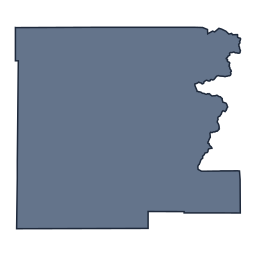 Grant, Oregon, United States of America (Robinson projection)
{"feature_id": "52423323B75310432732693", "entity_name": "Grant", "entity_type": "district", "adm_level": 2, "iso_a3": "USA", "parent_name": "United States of America", "parent_adm1": "Oregon", "projection": "robinson", "projection_center": [-118.403, 44.478], "detail": "fine", "context": "isolated", "style": "filled", "palette": "slate", "viewbox_px": 256, "rotation_deg": 0, "n_neighbors": 0, "source": "geoboundaries", "source_scale": "gbopen_adm2", "svg_char_len": 3573}
<svg xmlns="http://www.w3.org/2000/svg" viewBox="0 0 256 256"><path d="M15.4,27.5L15.4,60.8L18.3,60.8L17.3,161.1L17.3,178.0L16.6,228.7L148.1,228.4L148.1,211.5L184.1,211.6L184.1,212.9L221.5,212.9L240.3,213.0L240.1,179.5L239.5,171.0L237.6,170.8L229.4,170.9L220.6,170.9L218.9,171.1L213.4,171.1L205.6,171.2L201.5,171.2L198.1,169.4L197.8,166.8L198.2,165.4L198.7,164.7L199.2,164.4L199.5,163.5L199.9,162.7L200.2,161.9L200.6,160.6L201.0,159.7L201.6,159.0L202.1,158.7L202.7,158.2L202.6,156.2L203.4,155.5L204.2,154.7L205.0,153.0L206.3,152.7L207.2,152.5L207.8,151.8L208.0,151.2L208.1,150.0L208.6,148.9L210.7,148.4L211.5,148.3L211.9,148.3L211.8,147.7L211.2,146.8L210.0,145.8L209.2,144.5L209.1,143.6L208.8,143.3L208.3,143.4L207.9,143.2L207.9,142.0L208.6,141.1L208.8,140.1L209.2,139.4L209.7,138.2L210.3,137.3L210.2,135.8L210.1,134.7L209.9,133.4L210.6,132.3L211.2,132.5L212.4,132.5L213.2,132.0L214.0,131.8L214.7,132.0L215.4,131.7L216.2,131.1L216.8,131.3L217.5,131.0L218.0,130.3L218.7,129.7L219.3,128.9L218.9,128.4L219.2,127.5L219.0,125.9L218.6,124.4L218.0,123.3L217.6,122.7L217.3,122.2L217.3,121.4L217.7,120.1L218.1,119.4L217.8,118.4L217.9,117.5L218.5,116.6L219.0,116.5L219.7,116.3L220.4,115.3L220.9,114.3L221.3,114.1L221.4,113.7L221.5,113.4L221.7,112.3L222.2,111.8L222.5,111.1L223.0,110.8L223.1,111.0L223.9,111.0L224.5,111.4L225.1,111.6L225.4,111.1L226.2,110.3L226.3,109.5L226.7,109.1L226.6,108.5L227.2,107.8L227.7,107.0L227.1,105.7L226.9,104.7L226.1,103.3L224.5,102.6L223.9,102.5L222.9,102.2L222.7,101.4L222.4,100.4L222.1,99.6L222.3,99.1L222.2,98.5L221.1,97.6L220.4,96.8L218.8,96.5L217.2,95.3L216.3,95.3L215.5,95.7L214.5,95.8L213.5,95.8L212.8,95.9L212.1,96.0L211.7,95.8L211.3,95.4L210.3,94.8L210.0,94.2L209.0,93.6L208.3,94.0L207.5,93.7L206.5,94.3L205.6,94.2L204.1,93.4L202.4,93.3L201.2,92.3L200.6,92.2L199.8,91.8L198.9,91.9L197.9,91.4L197.1,91.4L197.1,90.9L196.5,89.4L195.6,87.2L195.0,85.8L194.8,84.1L195.1,83.8L196.2,83.6L197.4,83.1L198.1,82.6L198.3,82.5L198.8,82.1L199.2,82.5L200.3,82.8L201.5,83.2L201.9,83.8L202.5,83.9L202.7,83.7L203.1,83.6L203.5,83.3L203.8,83.0L203.9,82.2L204.1,81.7L205.7,80.6L206.0,80.4L206.8,80.2L207.4,80.6L208.6,81.0L209.8,81.0L210.3,80.5L210.4,79.8L211.2,79.5L211.9,79.7L212.8,80.0L213.1,79.8L213.7,79.7L214.3,79.1L215.3,77.9L215.8,77.2L216.2,76.7L217.0,76.0L218.4,75.6L219.6,76.0L220.4,76.1L222.5,76.2L224.1,76.4L225.0,76.7L226.2,76.3L227.7,76.1L228.7,75.7L229.7,75.7L230.4,75.2L231.0,73.9L230.5,72.4L230.8,71.8L231.3,71.3L231.1,70.5L230.6,69.6L230.0,68.8L229.8,68.2L229.9,67.8L229.7,67.2L229.2,66.5L229.1,66.2L229.1,65.8L229.4,65.5L229.2,64.9L229.4,64.0L229.7,63.5L229.7,62.8L229.2,62.2L228.3,61.9L227.9,61.7L227.8,61.3L227.4,61.1L227.2,60.8L227.3,60.5L227.6,59.8L227.3,59.3L226.6,59.0L226.2,58.7L226.4,58.2L227.1,57.5L227.7,57.0L227.9,56.3L228.7,55.8L229.8,55.1L229.8,54.7L229.7,54.0L229.5,53.5L229.7,53.1L229.9,52.9L230.6,52.5L231.8,52.6L232.6,52.4L233.4,52.1L233.7,52.0L234.1,52.1L234.4,52.3L235.0,52.7L235.9,52.9L236.4,52.8L236.8,52.9L238.0,53.2L239.1,53.2L239.9,52.8L240.1,52.3L240.1,51.7L240.2,51.1L240.4,50.9L240.4,50.3L240.0,49.6L239.5,48.2L239.5,47.1L238.8,46.1L239.0,45.0L238.7,44.6L238.9,44.0L239.4,43.6L239.9,43.0L239.9,42.2L239.6,41.8L239.5,41.2L240.1,40.8L240.2,40.5L240.4,39.5L240.6,39.1L240.5,38.5L240.2,38.2L239.9,38.0L239.4,38.1L238.7,37.9L238.3,37.6L237.7,37.4L237.5,36.8L237.6,36.1L237.5,35.6L237.6,34.9L237.5,34.6L232.6,34.7L231.6,33.4L228.9,34.1L225.9,31.2L221.6,29.1L218.9,28.3L214.7,31.9L212.6,31.1L207.7,33.8L207.5,29.5L202.6,27.5L194.9,27.3L94.7,27.3L16.2,27.6L15.4,27.5Z" fill="#64748b" stroke="#1e293b" stroke-width="1.5"/></svg>